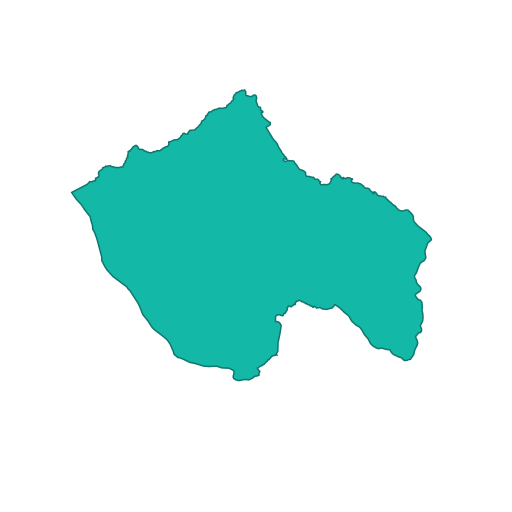 Sutamarchàn, Boyacá, Colombia (Robinson projection), rotated 307°
{"feature_id": "7082276B91786525694715", "entity_name": "Sutamarchàn", "entity_type": "district", "adm_level": 2, "iso_a3": "COL", "parent_name": "Colombia", "parent_adm1": "Boyacá", "projection": "robinson", "projection_center": [-73.611, 5.636], "detail": "fine", "context": "isolated", "style": "filled", "palette": "teal", "viewbox_px": 512, "rotation_deg": 307, "n_neighbors": 0, "source": "geoboundaries", "source_scale": "gbopen_adm2", "svg_char_len": 6116}
<svg xmlns="http://www.w3.org/2000/svg" viewBox="0 0 512 512"><g transform="rotate(307 256 256)"><path d="M381.7,146.9L380.6,146.3L379.8,144.8L378.7,144.6L378.1,143.9L376.0,143.2L374.5,141.9L373.3,142.1L371.2,141.8L368.9,142.4L368.3,142.7L368.0,143.5L367.3,144.0L365.1,143.4L363.2,143.7L361.3,142.9L360.1,142.9L358.8,142.2L357.7,142.8L356.5,142.7L354.0,140.6L351.6,137.3L349.1,136.1L348.5,135.2L345.9,133.7L343.8,133.3L342.9,131.9L342.1,131.8L340.8,132.1L340.0,131.9L339.4,132.5L337.8,131.6L337.2,132.1L335.0,132.6L332.7,132.3L331.2,131.5L329.2,132.2L327.4,132.3L326.3,132.0L324.3,132.1L321.9,131.4L319.6,131.2L316.8,127.7L314.6,127.4L312.2,127.9L311.2,126.9L310.9,125.0L309.9,123.9L308.3,124.4L307.0,123.9L305.0,124.2L301.7,123.3L299.5,120.8L297.4,119.6L295.8,119.0L295.0,117.8L294.4,117.8L292.0,119.5L290.1,119.3L288.4,117.9L287.6,117.9L286.5,116.9L285.5,117.0L284.4,116.4L282.2,115.9L280.4,113.3L278.9,113.0L277.8,111.4L276.2,110.9L274.7,109.4L274.1,108.3L274.1,107.3L273.3,106.4L273.5,105.0L272.6,103.7L272.9,102.9L272.8,101.4L272.1,100.1L270.9,98.9L271.1,97.8L272.3,95.4L272.2,93.6L271.7,93.2L269.0,92.1L266.2,92.3L265.4,92.0L264.0,92.3L263.6,91.5L262.4,91.1L260.7,92.4L258.6,93.1L258.1,94.1L256.3,93.8L254.5,94.6L252.8,94.5L251.9,95.3L250.0,95.1L246.9,96.0L245.8,94.5L244.1,93.4L242.6,91.0L241.8,90.4L241.6,88.8L240.7,87.3L240.3,85.1L238.8,83.6L237.9,83.2L237.4,81.9L236.4,82.0L234.3,80.5L232.9,81.0L230.3,80.1L228.3,79.8L226.5,81.0L225.8,82.2L224.7,82.6L223.8,82.5L223.6,82.0L222.9,82.1L222.0,81.2L220.8,81.4L220.3,82.3L219.2,82.3L218.0,80.9L216.6,80.5L215.2,78.3L213.7,78.5L211.1,77.8L195.8,70.5L193.3,78.0L191.8,86.0L189.9,91.1L187.6,99.9L185.3,102.5L182.1,106.9L179.1,109.6L177.6,113.0L174.2,118.3L162.2,133.6L159.5,135.6L156.3,142.3L155.3,145.1L153.5,154.2L153.6,171.3L152.7,173.8L152.4,176.4L147.6,189.5L145.7,193.4L141.1,200.8L139.2,208.5L136.4,216.2L136.0,219.2L135.9,230.7L135.6,235.5L133.8,240.8L129.8,247.7L128.2,249.7L127.9,254.8L128.7,255.9L129.8,260.0L131.2,267.2L133.6,272.3L136.5,280.3L139.2,284.7L144.3,290.8L146.1,296.1L149.9,301.6L150.3,302.5L151.0,306.9L150.3,308.0L149.3,308.9L146.4,310.1L145.3,310.9L144.8,311.8L144.9,314.3L146.2,317.3L150.6,321.3L152.8,324.9L156.8,326.9L159.2,327.3L160.5,328.8L162.2,329.9L162.9,330.1L163.1,329.4L163.8,328.8L165.4,328.9L166.0,328.6L167.2,324.5L171.4,326.1L172.3,327.0L173.4,326.9L174.6,327.7L177.4,327.9L179.0,328.4L180.0,328.0L181.2,328.8L182.5,328.7L183.1,329.0L184.1,328.6L184.7,329.1L186.0,329.2L186.7,329.6L187.2,330.3L188.2,330.7L188.5,331.4L189.2,331.6L189.4,332.3L190.4,331.0L193.0,330.8L199.8,325.9L208.9,321.6L215.7,317.9L216.7,315.6L216.9,313.9L215.9,311.5L215.4,311.0L219.3,308.1L220.8,308.0L222.2,309.1L223.1,309.4L223.4,311.1L224.4,313.3L225.3,313.4L226.9,312.9L227.7,313.7L231.6,313.4L232.5,313.1L233.3,312.2L234.3,312.3L235.4,311.8L236.1,312.7L236.2,314.0L236.8,314.8L237.4,314.6L238.6,315.4L239.9,315.2L240.5,316.2L241.2,316.5L242.5,315.3L243.6,315.8L244.3,315.5L245.1,316.5L246.6,317.1L247.0,317.9L247.0,320.1L247.8,321.5L247.7,322.4L248.1,323.5L247.8,324.3L248.5,325.0L248.3,326.1L249.0,328.2L248.8,328.9L249.1,329.2L249.1,330.1L249.6,331.1L249.3,332.3L249.7,332.7L251.1,332.9L251.0,335.9L253.4,338.1L253.7,340.8L254.0,341.7L255.1,343.0L255.8,344.6L257.7,345.9L260.1,348.0L262.7,348.4L263.9,348.0L264.7,348.3L265.0,353.5L264.1,360.8L264.1,364.9L263.4,367.7L262.3,369.8L261.5,372.2L261.0,377.6L261.6,381.1L261.2,383.1L260.4,385.7L258.5,389.7L257.3,395.4L255.0,400.0L254.5,403.8L254.8,406.4L255.6,409.5L258.0,411.6L259.9,416.5L261.6,419.2L260.4,422.4L260.1,424.9L261.3,430.9L262.3,433.4L261.8,436.3L261.9,437.5L263.4,439.3L265.1,440.2L266.3,441.5L272.1,441.3L274.4,440.2L277.5,439.1L281.5,438.5L284.0,437.4L285.7,435.3L286.9,432.9L287.9,431.9L292.9,432.2L293.9,433.5L295.4,433.4L297.2,432.3L298.9,429.6L299.5,429.1L304.2,428.3L307.2,426.5L309.8,424.4L312.9,420.9L315.1,419.8L318.4,416.8L319.1,415.8L319.6,414.0L318.9,411.8L319.1,410.5L319.9,407.7L320.7,406.7L321.5,406.5L326.4,408.1L327.5,408.1L329.0,407.5L329.6,406.8L330.2,405.6L330.7,401.9L331.3,400.4L333.5,397.7L333.9,396.2L335.2,394.7L335.9,394.4L339.3,394.2L345.4,392.3L348.6,391.6L350.5,391.8L353.5,393.1L356.9,392.7L360.9,388.5L362.4,387.6L369.7,385.4L374.5,386.3L375.4,385.4L376.4,383.0L376.6,380.4L377.4,377.0L377.4,367.5L378.4,362.1L379.2,360.4L382.2,357.9L382.9,356.6L383.6,353.9L384.1,350.1L383.8,349.2L382.5,347.6L380.4,346.4L379.2,344.4L378.6,342.1L379.2,338.4L379.7,337.6L379.4,334.1L379.9,331.5L379.6,329.8L380.0,328.9L379.9,327.6L380.3,327.0L380.1,325.5L381.1,324.1L380.2,322.9L380.3,321.7L379.5,320.8L377.8,317.2L377.8,315.9L378.4,314.9L378.8,312.9L378.4,311.9L377.8,311.6L377.4,311.7L376.8,312.6L376.3,312.2L377.1,311.0L376.8,308.9L377.7,306.2L377.4,304.6L375.9,302.2L376.0,301.2L376.5,299.8L376.5,295.9L375.4,293.2L373.7,291.2L372.6,288.2L373.1,286.9L375.3,286.8L375.6,286.4L374.8,285.0L374.8,283.9L373.8,282.1L372.9,281.4L371.6,281.1L371.2,278.6L370.0,279.0L369.5,278.5L370.2,277.3L369.8,275.8L370.4,275.3L370.8,274.3L370.5,272.2L369.8,270.8L367.6,270.7L366.1,270.0L364.7,270.1L362.6,269.5L362.7,270.3L362.4,270.5L359.9,270.9L359.2,271.2L357.7,271.1L356.1,270.1L355.2,269.2L354.5,267.8L353.6,266.8L352.4,266.0L352.2,264.4L352.5,263.2L354.1,262.8L353.7,261.7L354.3,260.5L354.5,259.2L352.9,257.1L352.9,256.3L353.4,255.0L353.4,254.4L352.5,253.4L351.8,251.0L350.3,248.8L350.1,248.0L350.4,247.2L351.4,246.1L352.3,245.6L352.6,244.9L352.7,242.6L351.5,239.0L351.5,237.9L353.3,233.0L353.5,231.3L354.5,229.2L354.1,228.0L352.1,225.3L351.5,223.8L349.3,222.9L348.7,220.6L349.1,220.0L350.5,219.6L351.5,222.0L351.8,222.3L352.1,222.1L352.9,219.9L352.9,218.1L353.5,217.3L353.9,214.7L355.0,213.0L356.3,209.0L358.3,205.5L358.9,203.7L359.5,199.9L364.8,186.6L369.1,188.3L369.7,188.2L371.2,187.1L370.9,186.2L371.0,179.8L371.6,176.5L372.6,175.5L373.5,173.9L374.1,174.0L374.8,174.9L375.5,174.5L375.6,173.4L375.3,171.8L376.9,170.7L377.3,169.7L376.8,169.3L376.6,168.7L377.0,166.9L379.9,162.7L382.8,161.3L383.9,159.8L384.1,158.8L383.8,158.0L382.7,157.1L381.0,156.6L380.1,155.9L378.4,151.9L378.5,150.8L381.0,149.0L381.7,146.9Z" fill="#14b8a6" stroke="#0f766e" stroke-width="1.5"/></g></svg>